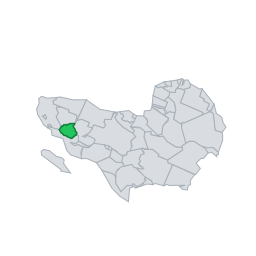 Zimbabwe highlighted on a map of Africa, rotated 113°
{"feature_id": "ZWE", "entity_name": "Zimbabwe", "entity_type": "country or territory", "adm_level": 0, "iso_a3": "ZWE", "parent_name": "Africa", "parent_adm1": "", "projection": "equal_earth", "projection_center": [29.641, -19.023], "detail": "fine", "context": "in_parent", "style": "filled", "palette": "green", "viewbox_px": 256, "rotation_deg": 113, "n_neighbors": 49, "source": "natural_earth", "source_scale": "50m", "svg_char_len": 11614}
<svg xmlns="http://www.w3.org/2000/svg" viewBox="0 0 256 256"><g transform="rotate(113 128 128)"><path d="M161.8,133.6L172.3,143.6L172.2,153.9L174.4,158.8L172.8,160.3L163.0,162.0L161.4,156.4L155.4,153.5L153.2,148.6L152.7,143.2L155.5,140.1L154.8,134.1L161.8,133.6Z" fill="#d9dde1" stroke="#a8b0b8" stroke-width="1"/><path d="M80.8,58.8L80.4,62.7L74.1,62.5L73.5,69.1L71.6,69.3L71.0,74.4L62.9,75.2L72.5,58.1L80.8,58.8Z" fill="#d9dde1" stroke="#a8b0b8" stroke-width="1"/><path d="M152.7,143.2L155.4,153.5L151.5,154.0L150.7,162.7L153.2,163.7L153.4,166.6L148.4,162.2L138.4,160.8L137.5,150.7L134.2,149.7L132.1,152.5L129.1,152.7L126.7,146.9L118.5,146.6L121.2,143.2L123.2,144.4L126.0,140.6L129.3,132.2L131.1,119.8L133.0,117.5L138.8,120.2L145.3,116.9L148.7,117.0L150.8,119.5L153.4,118.7L156.3,125.1L153.7,129.5L152.7,143.2Z" fill="#d9dde1" stroke="#a8b0b8" stroke-width="1"/><path d="M177.1,135.6L175.9,123.6L178.2,119.7L183.8,117.6L189.3,109.6L181.1,106.4L178.9,102.7L180.0,100.3L182.9,103.0L195.7,98.8L193.9,109.3L189.4,119.7L177.1,135.6Z" fill="#d9dde1" stroke="#a8b0b8" stroke-width="1"/><path d="M172.3,143.6L161.8,133.6L164.0,125.9L162.0,119.6L164.5,116.3L170.2,121.4L177.6,120.5L175.9,123.6L177.1,135.6L172.3,143.6Z" fill="#d9dde1" stroke="#a8b0b8" stroke-width="1"/><path d="M143.2,109.0L141.7,107.8L141.0,107.0L141.2,104.0L138.0,97.3L140.3,89.1L142.0,89.3L142.0,77.8L144.2,77.8L144.3,72.6L167.2,72.6L168.5,81.4L170.4,83.0L167.4,85.8L166.3,94.7L162.4,102.5L161.9,107.7L159.4,98.2L156.6,104.7L154.0,103.4L151.9,105.8L147.5,105.6L144.2,103.5L141.8,107.9L143.2,109.0Z" fill="#d9dde1" stroke="#a8b0b8" stroke-width="1"/><path d="M142.0,78.9L142.0,89.3L140.3,89.1L138.0,97.3L139.8,101.2L130.0,109.9L124.7,111.1L122.1,105.4L125.1,104.3L123.6,95.4L121.6,92.6L125.1,86.6L126.6,76.8L124.8,70.4L126.8,69.0L142.0,78.9Z" fill="#d9dde1" stroke="#a8b0b8" stroke-width="1"/><path d="M128.2,206.3L129.1,205.0L132.3,207.5L134.9,206.0L134.6,196.6L136.7,201.9L138.0,201.6L141.2,197.9L145.7,198.5L152.8,189.8L156.2,190.2L157.6,195.6L157.4,199.4L155.9,199.1L155.2,201.7L156.4,203.0L159.3,201.7L158.1,206.7L150.6,216.7L146.2,219.6L140.3,219.4L135.8,221.6L132.6,220.0L132.1,214.0L128.2,206.3ZM152.0,207.2L150.3,207.0L148.3,209.5L150.4,211.2L152.0,207.2Z" fill="#d9dde1" stroke="#a8b0b8" stroke-width="1"/><path d="M152.0,207.2L150.4,211.2L148.3,209.5L150.3,207.0L152.0,207.2Z" fill="#d9dde1" stroke="#a8b0b8" stroke-width="1"/><path d="M152.8,189.8L145.7,198.5L141.2,197.9L138.0,201.6L136.7,201.9L134.6,196.6L134.5,189.1L136.4,189.0L136.2,179.8L144.7,178.4L150.1,188.2L152.8,189.8Z" fill="#d9dde1" stroke="#a8b0b8" stroke-width="1"/><path d="M134.5,189.1L134.9,206.0L132.3,207.5L129.1,205.0L128.2,206.3L125.9,202.5L123.6,189.8L118.3,177.3L144.3,178.0L136.2,179.8L136.4,189.0L134.5,189.1Z" fill="#d9dde1" stroke="#a8b0b8" stroke-width="1"/><path d="M61.9,94.6L60.3,91.6L63.6,87.1L66.7,86.7L71.0,91.9L71.9,97.7L61.7,97.9L61.5,95.8L67.5,94.9L61.9,94.6Z" fill="#d9dde1" stroke="#a8b0b8" stroke-width="1"/><path d="M71.9,97.7L71.0,91.9L72.1,89.9L84.2,89.6L84.4,65.0L87.3,65.0L101.8,78.6L101.7,80.3L103.9,80.0L102.2,89.4L92.9,91.0L86.9,95.0L83.8,103.2L78.6,103.7L76.6,98.1L74.5,99.3L71.9,97.7Z" fill="#d9dde1" stroke="#a8b0b8" stroke-width="1"/><path d="M62.9,75.2L71.0,74.4L71.6,69.3L73.5,69.1L74.1,62.5L80.4,62.7L80.8,58.8L87.3,65.0L84.4,65.0L84.2,89.6L72.1,89.9L71.0,91.9L66.7,86.7L62.9,87.9L64.2,77.6L62.9,75.2Z" fill="#d9dde1" stroke="#a8b0b8" stroke-width="1"/><path d="M99.6,114.2L97.9,114.5L97.7,106.5L96.0,103.0L100.3,98.3L102.0,102.3L99.8,108.2L99.6,114.2Z" fill="#d9dde1" stroke="#a8b0b8" stroke-width="1"/><path d="M124.8,70.4L126.6,76.8L125.1,86.6L121.6,92.6L123.6,95.4L122.7,97.6L120.6,94.6L112.5,96.7L105.6,93.9L102.9,94.8L101.8,99.8L96.8,96.6L95.7,91.1L102.2,89.4L103.9,80.0L119.4,68.8L123.4,71.3L124.8,70.4Z" fill="#d9dde1" stroke="#a8b0b8" stroke-width="1"/><path d="M99.6,114.2L103.4,94.2L112.5,96.7L120.6,94.6L123.5,98.7L117.6,112.3L112.6,113.7L111.1,118.2L105.9,119.6L102.8,114.2L99.6,114.2Z" fill="#d9dde1" stroke="#a8b0b8" stroke-width="1"/><path d="M123.4,96.6L125.1,104.3L122.1,105.4L125.0,110.4L123.0,118.3L125.9,126.4L113.3,124.9L111.1,119.0L111.6,116.3L114.4,112.1L117.6,112.3L123.4,96.6Z" fill="#d9dde1" stroke="#a8b0b8" stroke-width="1"/><path d="M96.3,101.6L97.9,114.5L96.3,115.1L94.4,102.3L96.3,101.6Z" fill="#d9dde1" stroke="#a8b0b8" stroke-width="1"/><path d="M94.6,101.5L96.3,115.1L88.4,117.6L88.7,101.6L94.6,101.5Z" fill="#d9dde1" stroke="#a8b0b8" stroke-width="1"/><path d="M78.6,103.7L82.2,102.8L88.8,105.2L88.4,117.6L78.7,119.3L79.1,115.7L77.1,113.7L78.6,103.7Z" fill="#d9dde1" stroke="#a8b0b8" stroke-width="1"/><path d="M67.7,97.3L74.5,99.3L76.6,98.1L78.6,103.7L77.8,110.4L75.9,111.4L75.0,108.1L73.4,108.6L72.4,104.1L68.1,107.1L64.6,101.4L67.7,97.3Z" fill="#d9dde1" stroke="#a8b0b8" stroke-width="1"/><path d="M61.7,97.9L67.7,97.3L67.4,99.4L64.6,101.4L61.7,97.9Z" fill="#d9dde1" stroke="#a8b0b8" stroke-width="1"/><path d="M77.5,110.4L77.1,113.7L79.1,115.7L78.7,119.3L71.4,112.8L74.0,108.5L75.9,111.4L77.5,110.4Z" fill="#d9dde1" stroke="#a8b0b8" stroke-width="1"/><path d="M68.1,107.1L72.4,104.1L74.0,108.5L71.4,112.8L68.1,107.1Z" fill="#d9dde1" stroke="#a8b0b8" stroke-width="1"/><path d="M83.8,103.2L86.3,95.6L92.9,91.0L95.7,91.1L96.8,96.6L99.0,97.2L96.3,101.6L88.7,101.6L88.8,105.2L83.8,103.2Z" fill="#d9dde1" stroke="#a8b0b8" stroke-width="1"/><path d="M148.7,117.0L142.8,117.3L138.8,120.2L133.0,117.5L130.9,121.6L128.3,121.0L126.0,125.0L123.0,116.4L124.7,111.1L130.0,109.9L139.8,101.2L141.0,107.0L148.7,117.0Z" fill="#d9dde1" stroke="#a8b0b8" stroke-width="1"/><path d="M130.9,121.6L129.3,132.2L126.0,140.6L123.2,144.4L119.3,143.0L117.9,144.6L116.2,141.8L117.7,140.3L117.0,138.5L119.2,136.3L122.0,137.7L122.9,134.7L121.7,131.0L122.6,127.8L120.6,127.5L120.2,125.0L125.9,126.4L128.3,121.0L130.9,121.6Z" fill="#d9dde1" stroke="#a8b0b8" stroke-width="1"/><path d="M116.6,125.0L119.9,124.8L120.6,127.5L122.6,127.8L121.7,131.0L122.9,134.7L122.0,137.7L119.2,136.3L117.0,138.5L117.7,140.3L116.2,141.8L111.6,134.1L113.0,128.3L116.6,128.2L116.6,125.0Z" fill="#d9dde1" stroke="#a8b0b8" stroke-width="1"/><path d="M113.3,124.9L116.6,125.0L116.6,128.2L113.0,128.3L113.3,124.9Z" fill="#d9dde1" stroke="#a8b0b8" stroke-width="1"/><path d="M155.4,153.5L160.4,157.0L159.3,167.8L160.3,168.5L154.3,170.7L154.5,172.5L148.2,178.9L140.7,177.8L138.1,174.0L138.0,165.6L142.1,165.7L141.9,160.4L148.4,162.2L153.4,166.6L153.2,163.7L150.7,162.7L150.9,155.7L152.0,153.7L155.4,153.5Z" fill="#d9dde1" stroke="#a8b0b8" stroke-width="1"/><path d="M159.4,155.9L162.5,158.3L162.9,167.4L165.1,170.2L163.8,175.9L162.7,170.2L159.3,167.8L160.9,159.3L159.4,155.9Z" fill="#d9dde1" stroke="#a8b0b8" stroke-width="1"/><path d="M163.0,162.0L168.7,162.1L174.4,158.8L175.2,170.4L172.5,175.7L163.2,183.8L164.4,195.0L159.7,198.1L159.3,201.7L157.9,201.6L156.2,190.2L159.1,185.1L159.5,175.7L154.6,173.5L154.3,170.7L160.3,168.5L162.7,170.2L163.8,175.9L165.1,170.2L162.9,167.4L163.0,162.0Z" fill="#d9dde1" stroke="#a8b0b8" stroke-width="1"/><path d="M157.9,201.6L156.4,203.0L155.2,201.7L155.9,199.1L157.9,201.6Z" fill="#d9dde1" stroke="#a8b0b8" stroke-width="1"/><path d="M117.9,144.6L119.3,144.5L118.5,146.6L117.9,144.6ZM118.7,147.5L126.7,146.9L129.1,152.7L132.1,152.5L134.2,149.7L137.5,150.7L138.4,160.8L142.1,161.2L142.1,165.7L138.0,165.6L138.1,174.0L140.7,177.8L118.3,177.3L121.8,161.4L118.7,147.5Z" fill="#d9dde1" stroke="#a8b0b8" stroke-width="1"/><path d="M154.9,137.6L155.5,140.1L152.7,143.2L152.0,138.7L154.9,137.6Z" fill="#d9dde1" stroke="#a8b0b8" stroke-width="1"/><path d="M191.9,163.3L193.9,173.1L192.6,173.1L186.6,197.1L183.3,198.8L180.7,197.2L179.6,191.5L182.1,182.9L181.2,177.5L182.3,174.4L186.0,173.3L191.9,163.3Z" fill="#d9dde1" stroke="#a8b0b8" stroke-width="1"/><path d="M61.5,95.8L65.1,93.9L67.5,94.9L61.5,95.8Z" fill="#d9dde1" stroke="#a8b0b8" stroke-width="1"/><path d="M115.6,51.5L112.7,42.2L115.0,35.3L117.0,34.4L118.1,35.9L119.7,35.0L117.6,41.6L119.8,44.5L115.6,51.5Z" fill="#d9dde1" stroke="#a8b0b8" stroke-width="1"/><path d="M80.8,58.8L81.3,55.2L96.0,46.7L95.3,39.6L97.2,38.3L102.3,36.1L115.0,35.3L112.7,42.2L115.2,47.1L116.1,53.7L114.6,62.1L116.3,66.5L119.4,68.8L106.7,78.8L101.7,80.3L101.8,78.6L80.8,58.8Z" fill="#d9dde1" stroke="#a8b0b8" stroke-width="1"/><path d="M166.6,92.5L167.4,85.8L170.4,83.0L172.1,88.5L179.8,97.0L178.4,97.4L173.7,92.2L166.6,92.5Z" fill="#d9dde1" stroke="#a8b0b8" stroke-width="1"/><path d="M72.5,58.1L80.0,52.4L81.4,45.9L86.3,42.2L88.7,38.2L95.3,39.6L96.0,46.7L81.3,55.2L80.9,58.1L72.5,58.1Z" fill="#d9dde1" stroke="#a8b0b8" stroke-width="1"/><path d="M167.2,72.6L144.3,72.6L144.9,48.4L151.9,50.1L155.7,48.4L157.6,50.0L161.8,49.2L163.1,53.5L161.8,57.7L158.3,52.9L164.8,67.6L164.6,69.8L167.2,72.6Z" fill="#d9dde1" stroke="#a8b0b8" stroke-width="1"/><path d="M144.5,47.6L144.2,77.8L142.0,78.9L126.8,69.0L123.4,71.3L116.3,66.5L114.6,62.1L116.7,48.9L119.8,44.5L126.6,46.7L127.4,48.9L133.6,51.6L137.0,45.6L144.5,47.6Z" fill="#d9dde1" stroke="#a8b0b8" stroke-width="1"/><path d="M189.3,109.6L183.8,117.6L173.1,121.9L166.3,119.1L159.8,110.1L166.6,92.5L168.9,93.0L169.5,91.0L176.8,95.0L178.4,97.4L177.2,101.4L179.3,101.7L181.1,106.4L189.3,109.6Z" fill="#d9dde1" stroke="#a8b0b8" stroke-width="1"/><path d="M178.4,97.4L180.3,97.8L179.3,101.7L177.2,101.4L178.4,97.4Z" fill="#d9dde1" stroke="#a8b0b8" stroke-width="1"/><path d="M161.8,133.6L153.1,134.7L156.5,120.9L162.0,119.6L162.9,121.5L164.0,125.9L161.8,133.6Z" fill="#d9dde1" stroke="#a8b0b8" stroke-width="1"/><path d="M154.8,134.1L155.5,137.2L152.0,138.7L152.6,135.4L154.8,134.1Z" fill="#d9dde1" stroke="#a8b0b8" stroke-width="1"/><path d="M155.6,121.6L153.4,118.7L149.9,119.2L141.8,107.9L145.6,103.1L147.5,105.6L151.9,105.8L154.0,103.4L156.6,104.7L158.7,101.3L158.1,99.0L160.3,98.4L161.9,107.7L159.8,110.1L164.5,116.3L160.7,120.9L155.6,121.6Z" fill="#d9dde1" stroke="#a8b0b8" stroke-width="1"/><path d="M156.4,190.6L156.2,190.4L155.7,190.3L155.3,190.3L154.8,190.4L154.3,190.3L153.8,190.0L153.3,189.9L152.7,190.0L152.6,189.9L152.5,189.7L152.2,189.7L152.0,189.4L152.1,189.0L152.0,188.9L151.9,188.9L151.5,188.8L151.1,188.6L150.4,188.5L150.2,188.4L150.0,188.2L149.9,187.9L149.8,187.6L149.5,187.2L149.4,187.1L149.5,186.8L149.5,186.5L149.5,186.3L149.5,186.1L149.5,185.9L149.5,185.7L149.3,185.6L149.0,185.6L148.7,185.6L148.7,185.3L148.6,184.9L148.6,184.7L148.3,184.5L148.0,184.3L147.5,184.0L147.1,183.7L146.6,183.2L146.3,182.7L146.1,181.9L146.1,181.7L145.8,181.2L145.7,181.0L145.7,180.8L145.3,180.3L145.2,180.0L145.1,179.7L144.9,179.4L144.7,179.2L144.6,178.9L144.7,178.7L145.1,178.7L145.3,178.7L145.6,178.7L145.9,179.0L146.1,179.0L146.4,178.9L146.8,178.9L147.3,179.2L147.7,179.2L148.1,179.0L148.6,178.4L148.9,177.8L149.3,177.2L149.6,176.6L149.9,176.2L150.4,175.9L150.8,175.6L151.5,175.2L151.7,174.6L151.7,174.2L151.8,173.9L151.9,173.7L152.1,173.6L152.6,173.2L153.0,173.0L153.4,172.9L153.9,172.9L154.4,172.9L154.7,172.9L154.7,173.3L154.8,173.8L155.2,173.8L155.8,173.9L156.4,173.9L156.8,174.2L156.9,174.3L157.3,174.4L157.8,175.0L158.3,175.0L158.8,175.2L159.1,175.4L159.3,175.6L159.5,175.7L159.7,175.9L159.6,176.2L159.6,176.6L159.8,177.1L159.8,177.6L159.7,178.5L159.7,179.3L159.7,179.6L159.8,179.8L159.8,180.0L159.7,180.4L159.6,180.8L159.6,181.0L159.2,181.3L159.2,181.6L159.3,181.8L159.5,182.0L159.5,182.3L159.3,182.7L159.4,183.2L159.6,183.5L159.7,183.8L159.8,184.0L159.8,184.3L159.5,184.9L159.3,185.3L159.1,185.7L158.8,185.9L158.8,186.0L158.7,186.2L158.8,186.5L158.7,186.8L158.5,187.3L158.6,187.7L158.5,187.8L158.2,188.3L157.8,188.7L157.6,189.1L157.3,189.5L157.0,189.9L156.7,190.3L156.4,190.6Z" fill="#22c55e" stroke="#15803d" stroke-width="1.5"/></g></svg>